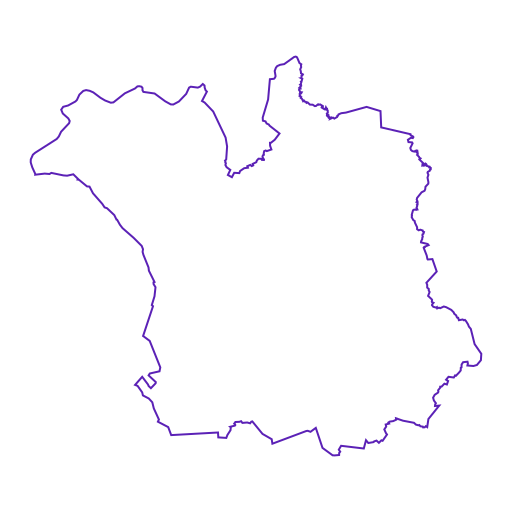 Līgatnes pag., Ligatnes, Latvia (Mercator projection)
{"feature_id": "27541924B81159973415171", "entity_name": "Līgatnes pag.", "entity_type": "district", "adm_level": 2, "iso_a3": "LVA", "parent_name": "Latvia", "parent_adm1": "Ligatnes", "projection": "mercator", "projection_center": [25.09, 57.19], "detail": "fine", "context": "isolated", "style": "outline", "palette": "violet", "viewbox_px": 512, "rotation_deg": 0, "n_neighbors": 0, "source": "geoboundaries", "source_scale": "gbopen_adm2", "svg_char_len": 6014}
<svg xmlns="http://www.w3.org/2000/svg" viewBox="0 0 512 512"><path d="M436.7,271.5L432.4,259.1L427.8,259.5L427.4,259.0L426.7,255.5L423.7,247.8L424.7,247.2L424.5,246.8L428.6,245.1L427.7,244.0L421.0,242.4L421.1,241.3L422.3,239.0L422.2,238.0L422.8,236.7L422.4,235.6L422.5,234.4L423.4,233.8L424.0,232.0L422.9,231.5L422.7,230.5L420.3,229.7L418.7,230.3L417.1,229.2L417.1,227.2L414.9,222.6L414.7,221.0L413.3,220.1L411.7,217.2L412.0,215.5L411.7,215.0L413.0,210.3L414.1,209.6L416.5,209.8L416.5,208.8L417.2,209.0L416.6,207.5L417.3,205.7L416.9,204.9L417.7,204.0L417.3,203.2L417.6,202.3L416.6,202.0L417.3,200.9L416.7,199.6L417.1,197.9L421.6,192.3L424.5,190.8L425.2,189.3L425.5,186.7L428.3,183.7L428.4,182.2L427.5,177.6L428.4,174.8L427.5,172.8L427.8,171.9L429.8,170.7L430.0,169.7L430.7,169.4L430.8,168.0L429.7,167.6L430.0,167.3L429.7,166.7L426.7,165.9L426.8,165.3L426.2,164.1L425.5,163.6L425.2,164.0L425.3,165.0L424.0,165.7L423.5,165.7L423.7,164.8L423.5,164.2L422.4,165.0L422.5,163.9L423.3,163.2L419.4,159.5L420.5,158.4L419.3,157.7L419.1,156.9L417.1,154.9L417.8,154.0L417.3,150.6L416.7,150.5L416.2,151.9L415.2,150.9L414.4,151.6L412.3,151.1L410.9,149.9L410.3,148.0L412.6,143.3L412.1,142.4L408.5,142.1L407.9,139.8L410.9,137.8L412.8,138.1L413.4,137.1L413.2,136.6L410.6,135.2L410.5,134.2L381.2,127.4L380.5,111.1L366.6,106.9L345.9,112.6L341.3,113.2L338.5,114.4L338.1,115.6L337.3,115.8L337.1,117.0L334.3,118.6L333.0,117.6L330.1,118.9L330.6,117.5L328.7,117.8L328.5,117.3L328.9,116.6L328.3,115.8L328.5,115.1L328.1,114.8L327.2,115.9L326.9,115.6L327.1,114.7L326.8,113.6L327.8,112.6L327.7,110.4L326.9,109.9L327.0,108.8L326.6,108.8L325.9,107.4L325.5,108.5L325.9,109.5L324.7,109.4L321.6,107.5L321.8,106.9L322.8,107.3L322.9,106.1L320.1,104.4L318.7,104.8L318.1,104.3L315.9,106.0L314.8,106.1L312.7,104.7L309.9,104.6L307.6,102.4L306.5,102.9L306.0,101.9L304.9,101.7L303.9,100.5L303.1,101.2L302.0,98.9L300.7,97.9L301.2,97.0L299.8,96.1L300.2,95.8L299.8,95.3L299.7,93.9L301.1,93.4L301.7,92.3L300.0,92.1L299.9,91.2L299.0,89.9L299.4,88.8L300.6,88.6L300.5,87.9L299.5,87.6L301.1,85.9L300.2,84.8L301.0,84.5L300.8,83.7L301.4,82.0L301.0,81.6L301.6,81.1L302.3,78.8L301.0,78.1L301.5,78.0L301.5,75.7L302.4,75.3L302.9,74.4L301.0,73.3L300.8,71.2L300.2,69.3L301.2,67.1L300.9,65.5L301.3,64.3L299.5,63.1L297.4,58.1L296.7,57.0L295.7,56.6L294.1,57.0L284.2,64.1L280.1,64.8L277.2,66.1L275.9,67.7L274.7,71.0L275.5,75.6L275.5,76.6L274.6,78.2L273.9,78.8L269.9,79.2L268.1,99.5L262.7,117.6L262.9,120.7L265.5,121.4L266.6,123.5L268.8,124.5L269.6,125.7L279.5,133.5L274.7,139.8L270.9,142.8L270.0,142.8L270.1,145.8L271.4,149.5L266.8,151.1L265.7,150.5L264.2,151.1L263.7,153.3L263.9,154.8L262.9,155.3L262.5,156.5L262.9,157.9L264.0,159.5L263.9,160.0L261.9,159.9L261.4,158.8L258.5,158.7L256.8,160.6L256.3,162.2L252.7,163.9L253.2,165.4L251.7,166.1L250.3,164.9L247.3,166.2L247.9,167.7L244.2,168.2L240.1,171.0L239.3,173.1L234.2,172.8L231.9,177.2L227.9,175.0L230.3,169.9L226.6,167.2L225.4,165.0L225.9,163.2L225.3,162.5L225.4,161.4L225.0,160.7L226.2,159.4L227.1,146.5L225.6,137.6L213.2,111.5L204.6,102.5L202.0,101.0L206.9,91.6L205.6,90.3L204.7,87.7L204.5,85.5L202.8,84.0L200.0,86.7L197.8,87.6L190.8,86.7L189.1,87.6L186.2,93.9L178.9,101.5L173.3,104.5L170.8,104.4L165.2,101.3L154.6,93.5L143.4,91.9L142.5,90.3L142.5,88.0L141.5,86.7L139.2,86.2L137.4,86.4L135.0,88.5L124.9,93.3L113.4,102.4L110.8,102.7L105.1,100.5L100.5,97.8L93.3,92.4L89.7,90.8L86.1,90.1L83.3,90.9L79.4,94.6L76.9,100.0L75.4,101.5L68.1,105.5L63.2,106.8L61.2,109.7L62.8,113.5L68.3,118.4L69.7,121.0L69.1,123.2L61.1,131.7L58.8,136.5L56.7,139.0L35.1,152.8L32.9,154.7L30.8,159.4L30.7,162.2L31.1,163.7L32.3,167.4L35.3,174.0L35.2,174.7L44.7,173.6L49.5,174.0L51.3,172.9L63.4,175.4L67.1,175.7L73.3,174.3L78.3,179.2L77.9,179.6L79.0,179.8L87.0,186.4L89.5,186.6L93.0,193.3L102.3,203.9L104.6,207.4L107.0,208.2L114.3,215.1L116.5,219.6L117.1,219.7L119.9,224.7L122.5,228.1L133.6,237.8L141.7,245.9L143.0,249.2L142.6,251.9L143.4,254.8L148.5,267.4L148.9,270.7L154.5,282.0L153.5,282.4L153.6,284.1L155.5,287.2L154.5,296.3L151.8,305.1L153.0,306.2L143.1,336.0L149.7,340.9L160.3,367.4L159.5,371.3L149.8,373.5L148.6,375.4L155.8,382.1L155.6,383.3L150.9,388.2L148.6,386.0L148.0,384.5L142.2,376.8L135.1,384.9L137.6,385.9L142.2,392.4L142.9,395.4L148.8,398.5L152.3,402.3L153.8,408.4L158.9,419.5L157.9,421.7L168.2,427.1L171.2,435.1L218.0,432.5L218.3,437.4L226.3,437.9L227.4,435.0L230.5,430.2L230.8,427.3L230.2,426.8L234.9,425.6L235.3,425.0L235.0,424.3L234.2,423.6L235.4,422.0L239.5,421.8L241.1,421.2L242.4,422.9L247.2,422.5L250.1,423.3L251.3,421.7L252.3,421.4L262.5,433.9L271.7,439.2L272.4,443.7L306.3,431.0L307.7,430.8L310.5,431.8L315.8,427.9L322.5,447.9L332.6,455.3L334.7,455.4L339.1,455.0L339.2,452.9L340.2,451.7L338.8,449.7L341.1,445.8L363.8,448.5L366.0,440.2L368.3,443.0L373.6,442.1L374.1,441.4L376.5,440.6L378.9,442.8L381.4,440.3L382.6,440.8L387.0,434.5L386.0,433.2L384.3,429.4L386.2,426.6L385.7,424.5L389.1,423.6L388.4,422.5L389.8,421.6L393.2,421.1L396.2,419.7L396.0,418.3L403.0,420.7L414.0,422.8L415.9,424.6L418.4,425.3L419.3,425.0L420.4,426.3L422.8,426.6L423.1,427.4L424.7,427.3L425.8,426.2L427.2,427.1L428.4,419.0L439.2,405.6L435.0,406.0L435.2,404.3L435.9,403.2L433.9,400.5L433.1,397.7L434.7,394.8L437.9,392.7L438.4,391.8L438.1,390.3L440.2,387.7L440.2,386.7L441.6,386.6L444.4,383.7L446.9,384.5L448.1,381.0L446.1,379.7L448.5,376.8L453.8,377.5L455.1,375.4L455.9,375.8L458.9,372.7L460.7,370.5L460.8,367.8L461.5,367.4L461.6,364.5L463.1,362.2L467.5,361.7L467.9,363.4L467.4,365.5L473.4,366.0L476.9,365.0L480.9,360.2L481.3,353.8L474.6,344.1L470.8,328.9L468.9,326.6L468.0,324.3L465.8,320.8L464.9,319.9L463.9,320.3L462.7,319.5L458.9,320.2L458.2,317.8L457.4,317.8L456.7,316.9L456.2,315.4L454.1,313.6L453.8,312.5L451.3,309.9L446.2,307.2L443.8,306.5L440.2,308.2L439.0,307.7L437.2,308.4L436.9,307.1L436.1,307.6L433.3,306.8L432.0,305.2L432.1,304.5L433.5,302.8L432.0,302.1L431.8,301.5L432.1,299.9L431.8,299.4L428.1,295.9L429.6,292.0L428.7,290.4L428.8,289.0L427.2,287.6L427.2,284.7L426.4,282.8L436.7,271.5Z" fill="none" stroke="#5b21b6" stroke-width="2"/></svg>